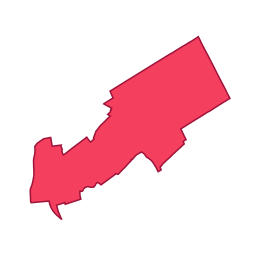 Jegalia, Calarasi, Romania (Robinson projection), rotated 84°
{"feature_id": "2599482B22085974272415", "entity_name": "Jegalia", "entity_type": "district", "adm_level": 2, "iso_a3": "ROU", "parent_name": "Romania", "parent_adm1": "Calarasi", "projection": "robinson", "projection_center": [27.655, 44.292], "detail": "fine", "context": "isolated", "style": "filled", "palette": "rose", "viewbox_px": 256, "rotation_deg": 84, "n_neighbors": 0, "source": "geoboundaries", "source_scale": "gbopen_adm2", "svg_char_len": 5236}
<svg xmlns="http://www.w3.org/2000/svg" viewBox="0 0 256 256"><g transform="rotate(84 128 128)"><path d="M192.2,232.2L192.3,223.5L192.3,221.5L192.4,217.5L192.4,215.7L192.5,214.1L195.0,213.9L196.0,213.7L197.9,213.2L199.8,212.6L200.8,212.1L202.0,211.5L203.3,210.9L204.4,210.1L205.2,209.6L206.1,208.9L208.4,206.9L209.5,205.9L210.6,204.9L211.2,204.4L211.2,204.1L211.4,204.0L211.4,203.8L211.5,203.6L211.4,203.6L211.0,203.9L209.2,204.4L207.0,205.1L205.0,205.7L203.9,206.0L203.1,206.2L201.9,206.4L200.4,206.6L199.2,206.8L198.2,207.0L197.3,207.1L196.9,204.9L196.6,203.6L196.1,200.9L195.7,199.2L195.6,198.6L197.3,198.4L196.6,195.2L194.4,184.9L193.8,182.3L191.5,182.7L190.3,182.8L189.9,182.8L187.1,182.6L185.8,182.5L185.7,182.3L185.6,182.2L185.9,181.7L186.2,181.0L186.1,180.3L185.8,179.6L184.5,178.8L183.7,178.2L183.0,177.4L182.6,176.1L182.2,175.1L182.0,174.1L182.8,172.0L183.1,170.9L183.2,168.3L182.4,167.3L181.9,166.9L180.3,165.8L179.2,164.6L179.0,164.0L180.2,162.3L181.7,160.7L180.6,158.9L179.7,157.3L179.2,156.5L178.8,155.8L177.5,153.6L177.1,153.0L177.0,152.7L176.9,152.6L176.4,151.8L175.2,149.6L174.0,147.6L173.5,146.8L173.1,146.1L172.8,145.7L172.5,145.2L172.4,145.1L172.2,145.1L172.2,144.9L172.8,143.6L173.0,143.0L173.0,142.6L172.8,142.4L172.2,141.7L171.9,141.4L171.5,140.9L170.7,140.0L170.6,139.8L170.4,139.6L168.8,137.7L168.1,136.8L167.7,136.3L166.3,134.6L165.1,133.3L164.4,132.5L163.4,131.3L162.5,130.3L161.7,129.3L161.1,128.6L160.4,127.9L160.0,127.7L159.8,127.6L159.7,127.7L159.7,127.2L159.5,126.9L159.5,126.6L159.2,126.4L157.9,125.1L155.7,122.5L155.4,122.2L155.2,121.7L154.7,120.4L153.5,117.4L153.3,116.9L153.5,116.6L153.9,116.2L154.5,115.5L154.8,115.2L155.6,114.5L157.1,113.6L158.3,113.0L158.7,112.7L159.0,112.5L159.4,111.9L160.0,111.1L160.3,110.7L161.6,109.4L162.2,108.7L163.0,108.1L163.8,107.5L165.5,106.5L166.3,106.1L168.3,105.1L169.0,104.8L169.8,104.4L171.0,103.9L172.3,103.4L173.4,103.0L174.6,102.6L174.4,102.1L174.0,101.3L173.2,99.4L172.8,99.5L170.6,100.1L170.3,100.2L170.0,100.1L169.8,99.8L169.6,99.6L169.6,99.3L169.4,99.1L169.2,98.8L168.3,98.0L167.6,97.5L167.3,97.1L166.9,96.6L166.3,95.8L165.7,95.0L165.0,94.1L163.4,92.0L162.8,91.1L161.8,89.8L161.1,88.8L160.6,88.2L160.2,87.7L159.0,86.3L158.3,85.4L157.3,83.9L156.3,82.7L155.3,81.3L154.1,79.7L153.4,78.7L152.7,77.7L151.6,76.3L150.9,75.4L150.3,74.6L149.7,73.7L147.4,74.6L147.0,74.0L146.5,73.4L146.3,73.0L146.0,72.5L145.9,72.3L145.8,71.9L145.7,71.5L143.8,72.2L139.7,73.7L137.0,74.6L135.1,75.4L134.4,75.6L134.2,75.2L134.0,74.8L133.3,73.3L132.7,72.1L132.3,71.2L132.1,70.9L132.0,70.6L131.7,70.1L131.1,68.9L130.6,67.9L130.1,66.8L129.4,65.3L128.9,64.4L128.2,62.9L127.3,61.1L126.4,59.2L126.2,58.7L125.5,57.4L124.8,55.8L124.2,54.6L123.7,53.5L123.0,52.0L122.2,50.6L122.1,50.3L121.8,49.7L121.6,49.2L121.2,48.5L120.8,47.9L120.3,46.5L120.0,45.8L119.9,45.5L119.6,44.5L119.0,43.5L118.3,42.3L117.9,41.3L117.4,40.3L116.6,38.8L116.2,38.0L116.0,37.5L115.6,36.7L114.5,34.6L113.7,33.0L113.4,32.3L112.7,30.9L112.4,30.3L111.9,29.2L111.6,28.6L111.1,27.5L110.5,26.4L110.3,25.9L109.9,25.0L109.6,24.3L109.2,23.5L108.4,23.8L106.2,24.7L104.1,25.6L102.0,26.3L100.7,26.8L99.8,27.1L98.8,27.5L97.0,28.2L95.2,28.9L93.6,29.6L92.0,30.2L91.5,30.4L89.9,31.0L89.2,31.3L88.3,31.7L87.6,31.9L86.8,32.2L84.9,33.0L83.9,33.3L82.6,33.9L81.2,34.4L78.5,35.4L76.1,36.3L75.8,36.5L74.8,36.8L73.3,37.4L69.7,38.8L69.0,39.1L67.0,39.8L66.2,40.1L64.1,41.0L63.0,41.4L63.2,41.7L62.9,41.5L62.2,41.8L60.6,42.4L58.7,43.2L55.7,44.3L55.1,44.6L54.4,44.9L53.1,45.4L52.7,45.5L51.7,45.9L50.1,46.5L48.3,47.1L46.3,47.9L44.5,48.6L45.8,50.9L48.2,55.6L49.4,58.0L49.2,58.0L51.1,61.9L52.9,65.9L55.7,71.7L58.6,77.5L58.4,77.6L66.6,94.7L74.8,111.7L77.0,116.2L79.2,120.8L80.7,124.0L82.3,127.3L83.6,129.9L84.8,132.4L85.9,134.6L86.9,136.8L88.2,139.4L89.5,142.0L93.0,140.9L96.6,139.7L96.6,139.9L97.0,140.7L97.7,142.1L98.4,143.6L99.1,144.9L99.8,146.5L100.3,147.4L100.9,148.7L101.2,149.2L101.5,149.6L102.9,147.6L104.2,145.7L105.4,143.9L106.0,143.1L106.7,142.1L107.4,142.5L107.2,142.8L107.4,142.9L108.7,143.6L109.1,143.2L109.7,143.7L110.1,144.0L110.4,144.3L110.7,144.6L111.2,145.3L111.8,146.1L112.4,146.8L112.6,146.5L112.8,146.2L113.2,145.8L113.5,145.3L114.1,144.4L117.5,148.6L120.9,152.8L122.0,154.3L123.2,155.7L125.6,158.0L128.0,160.2L128.0,160.3L128.6,160.5L129.9,161.2L131.6,162.0L132.7,162.6L134.5,163.4L135.5,162.9L136.2,164.1L136.6,164.6L137.3,165.6L137.7,166.2L138.1,166.8L135.5,168.5L132.8,170.0L136.2,175.5L139.5,181.0L141.2,183.8L142.0,185.2L142.9,186.6L145.5,190.8L148.1,195.0L147.9,195.1L147.5,195.2L146.8,195.6L146.3,195.8L145.9,195.9L145.7,195.9L145.4,195.9L144.9,195.9L144.8,196.0L144.5,196.0L144.1,196.1L143.9,196.1L143.6,196.0L143.4,196.0L143.2,195.9L142.8,195.8L142.6,195.7L142.4,195.7L142.1,195.7L141.6,195.8L141.0,196.0L140.5,196.1L140.3,196.2L140.2,196.2L139.9,196.3L139.6,196.4L139.5,196.5L139.4,196.5L139.0,196.5L138.9,196.5L138.7,196.5L138.3,196.4L138.0,196.2L138.2,205.3L133.8,205.6L129.3,205.9L129.6,209.4L129.9,213.0L131.7,216.3L133.5,219.7L135.3,221.4L136.4,222.5L138.8,222.7L142.0,223.0L145.2,223.8L147.5,224.6L149.9,225.3L154.5,225.7L161.0,226.1L165.7,226.6L167.9,227.3L169.5,227.7L171.1,228.2L174.4,229.4L177.9,231.2L180.0,231.8L181.7,231.9L190.5,232.5L192.2,232.2Z" fill="#f43f5e" stroke="#9f1239" stroke-width="1.5"/></g></svg>